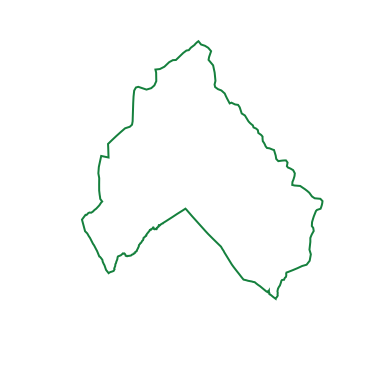 outline of Naidas, Caras-Severin, Romania, rotated 244°
{"feature_id": "2599482B94833013529411", "entity_name": "Naidas", "entity_type": "district", "adm_level": 2, "iso_a3": "ROU", "parent_name": "Romania", "parent_adm1": "Caras-Severin", "projection": "equal_earth", "projection_center": [21.557, 44.883], "detail": "fine", "context": "isolated", "style": "outline", "palette": "green", "viewbox_px": 384, "rotation_deg": 244, "n_neighbors": 0, "source": "geoboundaries", "source_scale": "gbopen_adm2", "svg_char_len": 4953}
<svg xmlns="http://www.w3.org/2000/svg" viewBox="0 0 384 384"><g transform="rotate(244 192 192)"><path d="M310.2,270.9L314.5,269.8L317.8,267.7L320.6,264.8L324.7,263.9L324.5,262.6L324.1,261.3L323.7,260.0L323.1,258.8L322.2,254.2L320.9,251.3L321.6,249.0L320.8,245.0L317.7,235.4L318.9,232.6L318.7,228.4L316.7,222.1L316.6,217.0L318.1,212.8L315.0,212.1L307.3,208.5L304.3,204.9L303.2,200.9L304.0,196.0L310.1,189.8L310.5,187.4L308.5,184.5L303.4,181.3L298.0,178.3L292.5,175.4L287.0,172.5L281.5,169.6L278.8,167.6L277.9,164.7L278.6,159.8L277.1,154.2L275.5,148.6L273.8,143.1L272.0,137.6L268.5,136.1L259.6,132.1L264.2,126.2L255.3,119.2L249.8,116.0L245.2,114.7L239.6,111.9L234.0,109.2L230.0,107.8L228.0,107.2L226.0,106.5L222.8,107.1L222.4,105.9L222.2,105.5L221.5,104.3L220.7,103.0L220.1,101.5L219.0,98.6L218.6,96.5L217.8,94.2L217.6,92.3L218.5,90.8L218.5,89.5L217.7,87.5L217.7,86.5L218.1,86.2L215.4,81.0L203.6,78.7L200.7,79.7L197.4,79.9L195.6,80.2L188.8,80.3L187.1,80.6L183.2,80.7L180.6,80.8L178.9,80.7L174.7,80.4L174.3,80.8L172.9,81.2L170.3,81.7L168.6,81.2L166.2,81.1L164.5,81.2L159.7,80.6L155.6,81.5L155.8,82.5L155.8,83.8L155.6,84.8L155.4,86.9L156.5,88.5L157.4,88.6L159.1,90.5L160.7,91.5L161.4,92.5L162.6,93.5L164.2,95.3L165.2,96.0L166.0,96.6L166.5,97.1L166.5,98.0L166.3,100.2L166.6,101.4L167.1,103.1L166.5,103.4L166.4,104.0L166.4,104.3L165.8,104.5L165.2,104.6L164.6,104.5L164.1,104.7L163.7,104.5L162.7,105.5L162.7,106.5L162.4,106.8L161.7,109.1L161.7,109.7L162.0,110.3L162.0,110.6L161.9,111.1L161.9,111.5L161.9,111.8L161.9,112.2L162.3,112.6L162.1,113.1L162.3,114.1L162.4,114.4L163.0,114.8L163.0,115.2L163.1,115.6L163.0,116.1L163.2,116.5L163.4,116.7L163.9,117.1L164.8,118.3L165.2,118.9L165.4,119.0L166.2,120.1L166.5,120.4L166.8,120.6L167.1,120.7L167.3,120.9L167.5,121.1L167.7,121.3L167.9,122.1L168.1,122.4L168.4,122.8L168.6,123.1L168.6,123.3L168.6,123.8L168.7,124.0L168.9,124.3L169.2,124.8L169.6,125.3L170.0,126.0L170.1,126.3L170.1,126.7L170.2,126.8L170.7,127.4L171.2,127.8L171.6,128.0L171.8,128.1L171.9,128.4L172.0,128.8L172.2,129.1L172.2,129.4L172.3,129.8L172.5,130.4L172.8,131.0L172.7,131.5L173.3,131.8L173.3,132.3L173.8,132.7L174.2,133.3L175.0,135.2L175.3,135.6L175.5,136.4L176.4,137.5L176.1,138.1L176.0,138.4L176.1,138.5L176.5,138.8L176.5,139.0L176.4,139.7L176.5,140.2L176.5,140.5L176.7,140.9L177.0,141.1L177.2,141.4L177.2,141.6L177.1,141.8L176.9,141.9L176.0,141.6L175.6,141.5L175.4,141.6L175.0,141.9L174.9,142.1L174.8,142.3L174.8,143.0L174.7,143.3L174.3,143.5L174.2,143.6L174.1,143.8L174.3,144.1L174.5,144.3L174.7,144.5L175.2,144.7L175.2,144.8L175.3,145.3L175.2,145.6L175.3,145.9L175.6,146.2L175.7,146.3L175.6,146.7L175.6,147.0L175.8,147.3L176.6,147.5L176.8,147.7L176.7,148.0L176.1,148.5L176.1,148.8L176.4,149.4L176.6,150.1L176.7,150.6L176.6,150.9L176.7,151.5L176.6,152.1L176.8,152.2L177.2,156.0L178.1,163.7L178.8,169.0L179.5,175.6L179.9,178.8L178.4,179.3L170.1,181.5L154.0,186.1L150.8,187.0L147.2,188.1L140.8,190.3L133.5,192.9L130.2,194.1L127.4,194.3L125.2,194.6L123.7,194.6L109.4,196.0L106.5,196.5L103.1,197.2L100.3,197.8L97.6,198.4L93.7,199.2L90.7,199.9L88.9,202.1L87.6,203.5L85.3,206.6L84.6,207.3L83.5,208.8L81.5,209.7L79.3,210.8L77.6,211.8L70.1,215.2L69.1,215.9L69.5,215.9L69.7,216.1L69.3,217.5L69.5,217.8L68.4,217.3L67.7,217.3L66.9,217.2L66.4,216.8L65.2,217.4L64.9,217.7L62.0,219.0L59.3,220.4L60.0,220.9L60.1,221.7L60.7,222.7L61.1,223.4L61.6,223.8L62.5,224.0L63.5,224.7L64.2,225.0L64.9,225.1L65.6,225.5L66.5,226.2L67.3,226.8L68.0,227.7L68.8,228.8L69.4,230.0L70.0,230.6L70.6,231.2L71.6,232.2L72.9,233.3L73.2,233.8L73.4,234.1L73.2,235.2L72.8,236.3L73.6,237.1L74.2,238.0L74.4,239.0L75.1,239.7L75.5,240.0L75.9,240.3L77.3,240.8L78.2,241.6L78.0,243.1L77.6,248.2L77.3,253.4L77.2,258.6L76.4,263.1L78.6,267.6L83.9,271.5L88.7,272.3L95.3,276.5L98.8,278.2L100.1,279.6L101.4,281.1L102.5,282.7L103.6,284.3L106.5,285.2L108.9,284.8L112.3,286.7L114.5,288.7L116.6,290.7L118.6,292.9L120.6,295.1L121.1,296.5L120.6,300.2L121.9,301.6L123.4,303.0L124.9,304.2L126.6,305.3L129.6,304.4L132.6,299.5L135.4,297.9L139.9,297.1L142.5,296.0L145.1,294.7L147.5,293.3L150.0,291.9L152.9,287.0L154.4,285.2L157.0,286.7L157.7,287.5L158.5,288.4L159.3,289.2L160.1,289.9L160.9,290.7L161.8,291.4L162.8,292.0L163.7,292.6L167.3,292.5L168.5,291.7L169.7,290.9L170.8,290.0L171.9,289.0L173.6,288.6L176.6,290.8L179.2,290.3L180.0,288.6L180.7,286.8L181.3,285.0L181.9,283.1L184.8,282.2L188.1,283.2L193.8,284.1L194.6,283.2L195.5,282.4L196.4,281.6L197.3,280.8L198.7,278.7L200.8,278.2L202.3,278.3L203.7,278.3L205.1,278.2L206.5,277.9L207.7,278.3L208.8,278.7L209.9,279.2L210.9,279.7L212.9,279.2L216.0,277.5L218.7,278.3L220.8,277.5L223.1,275.6L225.2,275.9L226.6,275.2L228.0,274.6L229.4,274.1L230.9,273.7L237.6,273.1L240.8,271.1L247.2,272.0L250.1,271.6L251.8,269.1L255.0,266.6L255.1,264.7L257.9,264.6L260.7,264.5L263.5,264.5L266.2,264.6L270.4,262.9L273.1,260.4L276.2,258.8L278.7,259.4L281.6,261.8L289.4,264.7L296.6,266.5L303.5,264.8L305.8,266.5L310.2,270.9Z" fill="none" stroke="#15803d" stroke-width="2"/></g></svg>